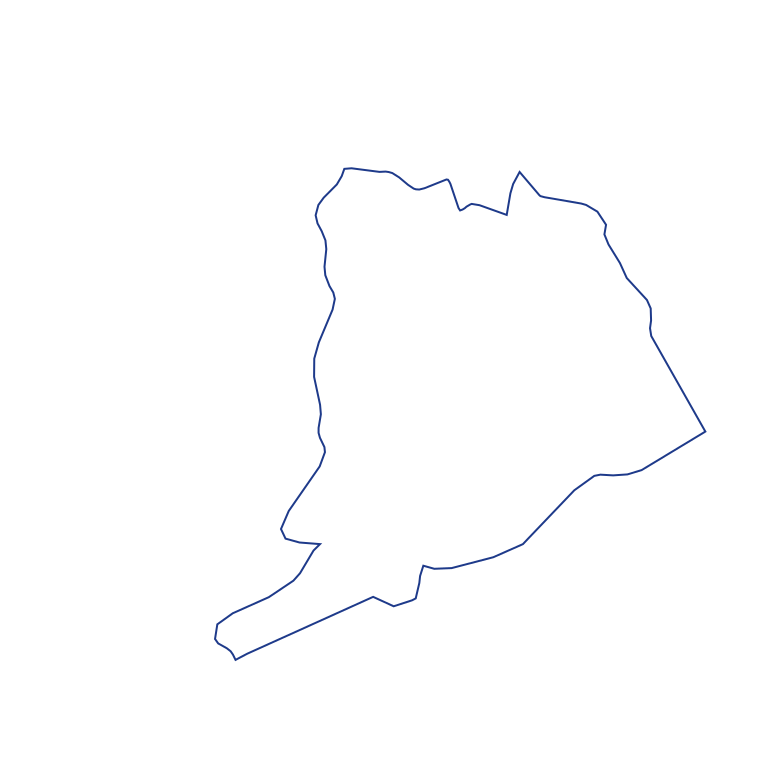 the Province of Bântéay Méanchey, rotated 331°
{"feature_id": "KHM-1777", "entity_name": "Bântéay Méanchey", "entity_type": "Province", "adm_level": 1, "iso_a3": "KHM", "parent_name": "Cambodia", "parent_adm1": "", "projection": "mercator", "projection_center": [102.955, 13.824], "detail": "fine", "context": "isolated", "style": "outline", "palette": "blue", "viewbox_px": 768, "rotation_deg": 331, "n_neighbors": 0, "source": "natural_earth", "source_scale": "10m", "svg_char_len": 1474}
<svg xmlns="http://www.w3.org/2000/svg" viewBox="0 0 768 768"><g transform="rotate(331 384 384)"><path d="M179.9,514.6L209.4,512.1L218.8,508.8L241.6,495.5L250.4,493.0L233.3,481.7L222.9,471.5L223.6,460.9L239.1,448.9L287.8,424.9L299.3,415.0L301.3,410.3L301.9,400.0L303.1,395.0L305.5,390.7L314.1,379.9L318.0,371.2L326.3,343.9L335.3,328.0L347.2,316.0L375.1,294.0L382.3,285.7L384.0,279.4L383.8,271.9L385.4,260.4L388.8,252.6L398.9,238.1L402.4,230.0L403.6,220.2L403.7,213.6L403.7,211.4L406.0,203.3L413.4,195.6L421.6,191.8L439.5,186.6L447.8,181.7L453.6,176.6L460.2,179.6L482.9,196.3L488.4,199.0L490.9,200.9L493.5,203.5L497.4,210.6L501.6,221.5L504.7,227.5L506.3,229.2L509.1,231.0L514.3,232.4L537.8,235.4L539.0,236.4L539.2,239.0L539.1,241.2L534.5,266.2L534.7,269.1L537.3,269.5L539.9,269.4L542.2,268.9L546.5,268.8L548.0,269.0L554.2,273.9L573.3,295.6L587.0,278.5L593.9,271.7L605.4,264.3L611.4,294.1L611.9,295.5L615.0,298.5L644.0,321.8L647.6,325.4L654.2,336.7L655.4,352.4L649.3,360.0L648.0,370.8L649.0,392.6L647.7,409.0L654.7,438.0L653.9,447.2L648.4,457.9L643.7,464.2L641.0,471.6L642.0,581.4L567.6,584.2L553.1,581.1L540.1,575.0L529.3,568.2L523.4,566.3L499.0,569.2L434.8,589.2L427.9,591.4L395.6,588.5L353.9,577.8L338.4,570.0L330.3,562.0L322.5,569.4L318.4,575.2L307.8,586.9L303.7,586.8L284.7,583.1L271.3,564.9L133.7,553.6L120.4,553.3L120.7,547.4L120.3,543.4L118.4,538.9L113.2,530.5L112.6,525.1L121.7,513.4L140.6,511.2L179.9,514.6Z" fill="none" stroke="#1e3a8a" stroke-width="2"/></g></svg>